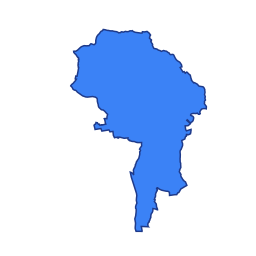 the district of Tarnaveni, Mures, Romania, rotated 14°
{"feature_id": "2599482B24834909765304", "entity_name": "Tarnaveni", "entity_type": "district", "adm_level": 2, "iso_a3": "ROU", "parent_name": "Romania", "parent_adm1": "Mures", "projection": "albers", "projection_center": [24.284, 46.321], "detail": "fine", "context": "isolated", "style": "filled", "palette": "blue", "viewbox_px": 256, "rotation_deg": 14, "n_neighbors": 0, "source": "geoboundaries", "source_scale": "gbopen_adm2", "svg_char_len": 5810}
<svg xmlns="http://www.w3.org/2000/svg" viewBox="0 0 256 256"><g transform="rotate(14 128 128)"><path d="M160.8,226.3L166.6,224.9L166.5,224.2L164.7,220.3L171.6,218.9L171.1,218.6L171.0,217.8L170.5,216.7L170.5,215.9L170.6,215.1L170.9,214.6L171.0,214.1L171.3,213.9L171.0,213.2L171.4,212.5L171.5,210.5L171.8,209.4L171.5,208.8L171.6,208.5L171.4,207.9L171.3,206.2L171.4,205.4L171.9,204.3L172.1,203.1L172.1,202.3L171.7,200.1L175.0,199.9L175.1,200.2L176.4,200.2L176.3,199.7L174.8,197.6L173.8,194.9L171.5,193.0L171.6,192.9L171.7,191.1L170.8,190.8L171.0,190.3L170.9,188.9L171.0,188.6L171.3,188.3L171.3,188.0L171.1,187.5L171.1,187.0L171.0,186.4L170.7,185.8L170.8,185.1L170.8,184.2L171.0,183.5L171.0,183.0L171.1,182.1L171.5,181.9L171.5,181.7L171.2,180.6L170.4,180.0L170.4,179.4L170.5,179.3L170.9,178.9L171.2,178.8L172.3,179.6L172.6,179.4L173.5,179.8L175.8,180.2L180.2,180.1L181.9,179.8L182.8,179.9L183.5,180.3L183.8,180.5L183.9,181.2L184.3,182.1L184.5,182.6L184.4,182.7L184.6,183.4L189.5,181.4L191.4,180.9L191.7,179.7L192.1,178.7L192.5,178.6L192.9,178.3L193.4,176.9L193.4,176.3L193.8,175.4L194.0,174.4L199.0,169.4L196.8,166.4L195.6,166.0L194.6,165.4L194.4,165.1L194.0,165.1L192.2,163.2L191.8,163.0L191.0,161.9L190.6,160.9L190.6,160.1L189.7,159.5L189.3,158.8L188.8,158.6L188.4,158.1L188.3,157.6L188.4,156.9L188.4,156.2L188.2,156.0L188.5,155.2L188.8,153.5L187.9,150.6L187.6,149.4L186.8,148.3L186.7,147.8L185.9,145.0L185.8,144.1L185.2,141.2L184.3,138.7L184.2,138.1L184.2,137.0L184.7,135.9L185.2,132.0L185.1,131.2L184.6,129.6L184.0,128.9L183.2,127.1L185.8,124.9L185.8,122.9L186.2,121.9L186.5,121.9L186.7,121.3L186.7,121.1L186.5,120.7L186.3,120.1L186.9,119.9L187.6,120.1L188.1,120.0L189.4,119.1L189.8,118.6L189.8,118.3L190.0,118.3L190.0,117.2L189.8,115.8L189.8,115.3L189.5,114.1L185.4,116.6L184.3,115.5L183.1,112.5L183.0,112.0L184.0,111.8L185.7,111.2L187.2,109.2L187.5,108.6L183.2,106.4L183.5,105.7L184.8,106.3L186.2,107.6L186.9,107.7L187.7,107.4L188.2,106.9L188.8,106.3L189.3,105.3L189.4,103.9L189.3,102.4L189.2,102.1L188.8,101.5L187.9,100.9L185.8,100.6L185.6,100.4L185.6,99.8L186.0,99.0L187.6,98.1L190.5,97.5L191.6,96.8L193.0,97.6L193.8,97.5L194.3,97.1L194.5,96.8L194.6,96.4L193.9,95.5L193.8,94.8L194.2,93.4L194.8,91.9L196.3,91.0L198.1,90.5L199.3,90.5L199.1,89.3L198.8,88.1L196.4,86.1L196.2,85.8L196.1,84.6L195.8,83.9L195.9,83.1L196.3,82.4L196.4,82.1L195.3,80.3L195.5,79.2L195.4,78.9L194.2,77.1L194.1,74.7L193.4,73.0L193.3,72.3L192.8,71.6L191.9,70.5L191.2,70.0L190.2,69.9L187.0,70.2L186.2,69.9L185.0,68.9L184.6,68.7L181.5,67.9L180.9,68.3L178.1,66.4L178.2,66.2L176.9,64.2L175.6,61.6L174.7,61.3L171.8,59.6L171.5,59.5L170.6,60.4L170.5,60.8L170.3,61.0L168.8,59.7L167.8,60.4L164.0,56.7L164.7,56.0L165.5,55.6L164.6,53.7L163.1,52.3L162.2,51.6L159.6,50.8L158.1,49.9L156.6,48.4L154.8,46.2L154.1,45.8L153.4,45.8L152.1,46.3L151.3,46.5L150.7,46.2L149.7,45.2L148.6,45.0L146.8,44.2L145.4,44.3L143.8,44.2L141.8,45.6L140.2,45.1L138.7,45.1L136.9,44.4L133.9,44.5L133.0,43.6L131.6,41.8L131.6,41.5L131.7,41.1L131.4,40.6L129.9,39.3L129.2,38.5L129.1,38.0L129.6,37.8L129.4,36.8L127.2,35.8L127.0,35.3L127.2,34.6L127.0,34.1L127.1,33.8L127.0,33.3L127.4,32.5L127.3,32.2L126.8,31.9L126.6,31.6L126.2,31.5L125.9,31.1L125.4,30.7L123.1,29.7L120.7,30.8L118.7,31.1L118.7,32.4L117.5,32.8L111.7,33.4L109.8,33.1L108.6,32.5L108.1,32.9L106.4,33.2L105.6,34.0L104.7,34.5L103.7,34.8L102.1,34.9L100.2,36.2L98.8,36.1L98.1,36.4L97.8,37.2L96.3,37.7L96.1,37.9L94.9,37.5L93.7,37.3L90.8,37.6L89.6,37.5L87.6,38.0L85.0,38.1L84.4,38.3L81.9,38.2L80.1,38.4L79.9,39.3L79.4,40.0L78.4,40.8L77.9,41.9L77.4,43.3L76.4,44.8L75.7,46.6L75.5,47.8L75.5,49.7L75.6,51.1L76.0,52.5L76.1,53.6L76.0,53.9L75.6,54.6L74.9,55.4L71.7,55.2L71.1,56.0L70.6,57.3L70.4,57.5L67.9,58.3L65.6,58.7L64.9,59.1L63.0,60.5L62.1,61.7L60.2,64.7L59.3,65.6L58.7,66.2L57.8,66.3L56.7,66.7L57.1,67.7L57.7,68.2L58.9,69.0L59.5,69.2L62.3,71.8L62.7,71.6L63.0,71.8L63.7,73.5L63.3,73.7L63.7,74.7L64.0,75.1L63.9,76.9L64.0,77.3L64.4,78.3L64.2,78.4L64.5,79.7L64.8,80.1L65.0,81.0L65.4,81.1L65.5,81.4L65.8,85.3L66.0,90.1L64.8,90.2L64.9,93.1L66.1,93.1L65.1,95.8L64.7,96.3L64.2,97.6L62.9,99.3L62.2,100.8L62.2,101.0L64.0,102.1L65.3,103.7L66.8,104.2L68.1,104.1L68.9,104.5L70.3,105.5L76.2,107.8L79.5,108.1L81.3,107.8L86.1,106.0L87.8,106.0L88.8,105.9L89.7,106.2L90.7,106.7L91.1,107.2L91.9,109.8L93.1,112.0L93.4,112.4L93.6,113.1L94.3,114.5L94.9,115.1L97.7,116.7L99.8,116.6L101.6,117.5L103.7,119.0L104.9,119.6L104.9,122.4L105.0,122.7L105.2,124.1L103.4,124.3L102.7,124.7L103.3,125.4L104.0,126.7L104.8,128.6L105.5,129.6L102.1,131.4L102.0,131.1L101.6,131.2L100.1,132.2L99.4,131.3L99.1,131.6L98.7,131.6L97.7,131.0L97.0,130.3L95.6,130.4L95.7,131.3L95.5,132.1L95.0,132.4L94.6,132.9L94.4,133.6L96.1,136.7L96.4,137.4L101.8,135.1L103.4,137.3L109.7,134.6L110.2,134.6L111.4,136.1L114.2,135.0L115.7,138.9L116.8,140.0L116.9,140.4L117.3,140.7L117.7,140.4L120.0,139.5L120.1,139.8L120.4,139.6L120.9,140.2L121.2,140.0L120.9,139.5L121.4,139.1L122.3,138.9L126.8,138.9L130.4,137.6L130.5,138.4L130.9,139.1L131.6,139.5L132.4,139.3L132.6,139.9L135.5,140.0L137.3,139.6L139.8,139.9L140.9,139.7L141.1,139.8L144.7,138.8L145.0,140.3L145.5,141.8L145.5,142.3L145.4,142.7L144.8,143.8L144.6,144.9L144.3,145.7L145.1,146.2L145.6,146.8L145.5,147.4L145.1,148.3L145.7,150.2L145.8,151.4L145.8,154.6L145.6,155.4L144.8,157.4L144.8,157.8L144.3,159.0L144.4,159.9L144.3,161.0L144.0,161.6L144.3,162.6L144.1,163.0L144.2,163.9L143.8,164.7L143.9,165.2L143.5,166.4L143.5,166.8L143.4,167.3L143.5,168.0L143.8,168.5L144.2,169.8L144.2,170.3L144.7,171.7L144.6,171.8L143.2,170.8L142.0,170.4L140.9,170.3L143.0,174.7L152.0,189.3L152.9,191.5L153.2,194.0L153.6,196.2L154.8,198.7L154.5,200.5L154.4,202.4L154.8,204.0L155.6,204.8L156.2,207.5L156.7,211.4L156.6,214.3L156.8,215.0L158.3,218.4L158.6,219.9L159.0,222.6L159.4,224.0L160.8,226.3Z" fill="#3b82f6" stroke="#1e3a8a" stroke-width="1.5"/></g></svg>